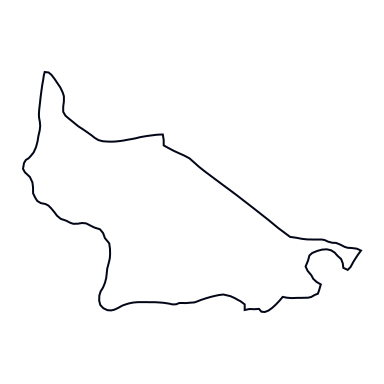 the district of Changamwe, Coast, Kenya
{"feature_id": "3690345B29698096186163", "entity_name": "Changamwe", "entity_type": "district", "adm_level": 2, "iso_a3": "KEN", "parent_name": "Kenya", "parent_adm1": "Coast", "projection": "natural_earth1", "projection_center": [39.602, -4.018], "detail": "fine", "context": "isolated", "style": "outline", "palette": "ink", "viewbox_px": 384, "rotation_deg": 0, "n_neighbors": 0, "source": "geoboundaries", "source_scale": "gbopen_adm2", "svg_char_len": 2580}
<svg xmlns="http://www.w3.org/2000/svg" viewBox="0 0 384 384"><path d="M361.0,250.6L356.9,248.7L351.7,248.0L347.8,247.8L344.7,246.9L340.5,244.7L336.0,242.9L332.5,242.8L328.2,241.7L324.5,240.0L321.5,239.5L316.3,239.5L311.9,239.5L307.0,239.4L302.3,238.9L295.9,237.7L290.1,236.9L278.3,228.1L268.5,220.0L252.6,207.5L240.2,197.9L236.6,195.1L221.5,183.9L206.5,172.7L203.0,170.0L198.5,166.4L194.2,162.5L189.4,158.3L184.1,155.5L178.7,153.1L173.9,150.9L168.2,147.9L163.7,145.4L163.7,140.0L162.8,134.5L159.5,134.6L156.2,134.8L151.6,135.4L146.9,136.0L140.4,137.1L135.6,138.3L132.0,139.0L127.9,139.7L123.1,140.6L119.4,141.1L115.5,141.5L111.0,141.7L106.2,141.5L102.5,141.2L98.5,140.1L94.9,138.0L91.9,135.6L87.6,132.5L82.5,129.0L78.3,126.3L74.4,123.1L71.7,120.9L68.6,118.4L65.4,115.6L63.2,111.8L63.2,106.7L63.9,101.4L63.9,96.2L62.7,92.5L60.4,87.6L57.3,83.0L54.7,79.1L51.4,74.8L48.6,72.5L44.7,72.0L43.8,75.5L43.2,79.7L42.2,85.3L41.4,91.0L40.6,97.1L39.9,103.6L39.2,109.5L38.9,114.4L39.1,117.9L39.8,121.5L40.2,126.0L39.7,130.4L38.4,136.1L37.5,141.6L36.0,147.2L33.6,152.5L31.0,155.7L28.6,158.3L25.9,159.9L24.0,163.1L23.0,168.8L24.9,172.3L29.9,177.0L32.4,182.4L33.0,186.9L33.1,193.3L35.1,197.5L37.3,201.0L40.8,203.1L45.4,204.0L48.3,205.5L51.0,208.1L54.3,212.1L57.0,215.7L60.7,218.8L66.2,220.7L70.3,222.8L73.3,223.8L77.7,223.7L82.1,223.0L86.2,223.4L89.3,225.0L94.3,227.5L100.0,229.3L103.1,233.1L104.9,238.1L109.2,243.3L110.0,248.9L110.1,254.3L109.8,258.4L108.8,262.7L107.2,268.8L106.7,273.7L106.2,278.1L105.0,282.7L103.1,287.4L100.6,291.5L99.3,295.7L99.2,300.7L100.3,305.0L103.3,308.2L107.5,310.2L111.2,310.4L114.3,309.7L118.2,307.9L122.3,305.6L125.4,304.5L128.6,303.5L132.8,302.6L137.1,302.2L140.7,302.1L144.8,302.1L149.4,302.2L155.0,302.2L159.8,302.5L163.7,302.8L168.9,303.6L172.5,304.4L176.1,304.3L179.3,303.0L182.4,303.0L185.9,303.1L190.2,302.7L194.5,302.4L197.8,301.2L201.1,299.9L206.3,298.2L210.8,296.9L214.9,295.9L218.6,295.1L223.2,294.5L230.3,296.1L234.7,298.1L237.7,299.8L240.6,301.3L244.7,304.4L244.7,310.0L249.6,309.0L254.4,309.2L259.0,308.9L261.4,311.7L264.8,312.0L268.6,310.5L272.4,307.7L275.9,304.5L279.5,300.7L282.7,296.9L286.8,297.7L291.8,298.1L296.5,297.9L300.3,297.9L303.7,297.8L308.0,297.7L311.2,297.0L314.6,295.0L317.9,293.7L319.2,290.0L320.8,284.4L316.5,281.9L313.3,278.9L311.3,275.2L307.6,270.8L305.6,266.5L308.0,260.7L309.4,255.5L312.2,253.0L317.3,250.9L322.1,249.6L326.8,249.3L331.1,250.3L334.7,252.6L337.4,255.7L341.1,259.0L342.8,263.4L343.3,267.8L347.7,269.9L350.5,267.1L353.5,261.6L356.1,257.5L358.3,254.2L361.0,250.6Z" fill="none" stroke="#020617" stroke-width="2"/></svg>